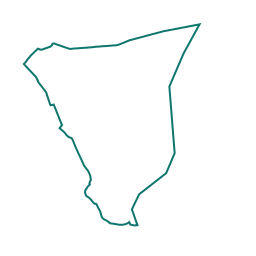 outline of Nasr City, Al Qahirah, Egypt, rotated 349°
{"feature_id": "37247803B64528254011318", "entity_name": "Nasr City", "entity_type": "district", "adm_level": 2, "iso_a3": "EGY", "parent_name": "Egypt", "parent_adm1": "Al Qahirah", "projection": "robinson", "projection_center": [31.337, 30.032], "detail": "fine", "context": "isolated", "style": "outline", "palette": "teal", "viewbox_px": 256, "rotation_deg": 349, "n_neighbors": 0, "source": "geoboundaries", "source_scale": "gbopen_adm2", "svg_char_len": 4346}
<svg xmlns="http://www.w3.org/2000/svg" viewBox="0 0 256 256"><g transform="rotate(349 128 128)"><path d="M92.1,218.1L94.0,218.7L94.9,219.0L96.8,219.7L98.3,220.3L99.1,220.6L100.0,221.0L101.9,221.5L103.4,221.8L105.3,222.0L106.4,221.9L107.1,221.9L108.0,221.7L108.7,221.6L109.5,221.4L110.3,221.1L110.9,220.8L111.2,220.6L111.3,221.0L111.5,221.3L111.5,221.7L111.6,222.4L111.9,223.0L112.0,223.3L115.4,224.8L117.6,225.0L118.7,225.2L116.3,208.6L126.3,195.2L156.9,179.6L169.0,161.6L174.1,116.5L176.5,95.2L180.5,89.3L196.8,65.4L218.0,39.9L181.4,39.8L179.3,39.9L177.8,40.1L175.3,40.2L172.9,40.4L170.2,40.5L167.8,40.7L163.6,41.0L161.1,41.2L157.7,41.4L155.2,41.6L151.9,41.8L149.7,42.0L147.4,42.1L146.4,42.2L146.0,42.2L145.7,42.3L144.9,42.5L143.2,42.8L140.8,43.3L139.2,43.6L137.0,44.0L135.3,44.3L133.9,44.6L133.3,44.6L132.9,44.6L132.0,44.5L131.0,44.4L129.7,44.2L126.8,43.9L125.4,43.7L122.3,43.4L118.8,42.9L115.7,42.6L114.2,42.4L111.9,42.1L111.7,42.1L110.5,42.0L108.4,41.9L108.2,41.9L105.9,41.6L103.2,41.3L100.0,40.9L96.5,40.5L90.2,39.7L89.2,39.6L86.7,39.4L85.8,39.1L85.1,38.8L84.3,38.4L83.9,38.1L81.7,36.9L80.4,36.1L80.1,36.0L79.8,35.8L79.7,35.7L79.4,35.6L79.0,35.3L76.9,34.0L74.6,32.8L74.0,32.4L73.8,32.3L73.5,32.1L73.1,31.9L72.2,31.3L72.0,31.2L71.2,30.8L70.9,30.8L70.7,30.8L70.1,30.8L70.0,31.0L69.9,31.1L69.7,31.3L69.6,31.6L69.4,31.8L69.2,32.0L69.0,32.3L68.9,32.3L68.8,32.5L68.7,32.5L68.4,32.8L68.2,32.9L68.0,33.0L67.9,33.0L67.7,33.1L67.3,33.3L67.2,33.3L66.9,33.4L66.7,33.4L66.4,33.4L66.3,33.5L65.8,33.5L65.6,33.6L65.3,33.6L65.2,33.6L64.9,33.7L64.7,33.7L64.3,33.8L64.1,33.8L63.9,33.8L63.7,33.9L63.2,33.9L62.8,34.0L62.6,34.0L62.4,34.0L62.2,34.1L61.8,34.1L61.6,34.2L61.3,34.2L61.2,34.2L61.1,34.3L60.9,34.3L60.7,34.3L60.4,34.4L60.2,34.4L59.9,34.4L59.7,34.5L59.4,34.5L59.2,34.5L58.9,34.6L58.7,34.6L58.4,34.6L58.1,34.6L57.9,34.5L57.7,34.5L57.4,34.4L57.1,34.3L56.9,34.3L56.8,34.2L56.7,34.2L56.4,34.1L56.2,33.9L55.9,33.8L55.9,33.7L55.7,33.6L55.4,33.4L55.1,33.2L54.9,33.0L54.7,32.9L51.8,34.8L50.5,35.6L48.7,36.9L46.6,38.1L46.4,38.3L45.5,39.0L44.4,40.0L44.1,40.2L43.6,40.6L42.8,41.2L41.5,42.5L40.9,43.1L40.2,43.7L39.5,44.2L38.4,45.1L38.0,45.3L39.2,47.3L39.9,48.5L40.9,50.0L41.4,50.8L41.8,51.5L42.2,52.1L42.5,52.6L42.7,53.0L43.0,53.3L43.2,53.6L43.4,54.0L43.6,54.4L44.1,55.1L45.6,57.5L46.0,58.2L46.5,59.0L47.0,59.7L47.0,59.8L47.2,60.0L47.3,60.2L47.3,60.3L47.5,60.9L47.7,61.3L47.8,61.7L47.9,62.1L48.0,62.5L48.2,62.9L48.2,63.0L48.3,63.1L48.3,63.5L48.4,63.8L48.5,64.0L48.4,64.1L48.5,64.8L48.5,65.1L48.6,65.3L48.6,65.5L48.7,65.8L48.8,66.0L48.9,66.3L49.0,66.5L51.7,71.8L53.8,76.1L53.9,76.3L54.0,76.4L54.1,76.5L54.2,76.8L54.3,77.0L54.4,77.3L54.4,77.5L54.5,77.7L54.5,77.9L54.5,78.0L54.6,78.3L54.6,78.8L54.7,79.2L54.7,79.5L56.0,89.8L56.1,90.0L56.2,90.3L56.3,90.5L56.3,90.8L56.4,91.0L59.5,90.8L60.0,93.1L60.2,94.1L60.3,94.6L60.8,97.2L61.5,101.0L62.1,103.9L62.3,105.3L62.5,106.5L62.6,106.9L62.7,107.3L63.0,108.9L63.3,110.5L63.4,110.9L63.5,111.2L63.6,111.6L63.6,111.9L63.6,112.0L63.7,112.4L63.8,112.5L63.1,113.1L60.8,115.1L61.9,116.5L62.9,117.7L63.2,118.2L63.6,118.7L64.0,119.1L64.3,119.6L64.6,119.9L64.7,120.1L64.9,120.4L65.1,120.7L65.3,121.1L65.6,121.8L65.9,122.5L66.0,122.7L66.3,123.2L66.4,123.3L66.5,123.5L67.1,124.3L67.4,124.7L67.5,125.0L67.9,125.3L68.0,125.4L68.1,125.6L68.3,125.7L68.4,125.8L68.6,125.9L68.9,126.1L69.1,126.2L69.7,126.5L69.8,126.6L70.0,126.7L70.1,126.8L70.4,126.9L70.5,127.0L70.8,127.3L70.9,127.5L71.0,127.7L71.0,127.8L71.1,128.2L71.3,128.9L71.5,129.4L71.5,129.8L71.7,130.5L71.8,130.8L72.1,132.5L72.5,134.7L72.8,136.2L73.2,137.9L73.5,139.3L74.6,143.8L77.2,154.1L77.3,154.5L77.4,155.2L77.5,156.1L79.2,159.7L79.6,160.5L80.0,161.2L80.4,162.0L81.0,163.6L81.5,166.1L81.7,166.8L81.8,167.5L81.8,167.8L81.8,169.4L81.7,170.2L81.7,170.8L81.7,171.7L81.3,172.2L80.5,173.3L80.2,173.6L79.9,174.4L79.7,174.9L79.5,175.4L79.5,175.6L79.6,175.8L79.8,176.0L79.6,176.3L79.0,176.7L78.2,177.2L77.7,177.5L77.1,178.1L76.3,179.0L75.7,179.5L74.7,180.4L74.2,181.1L74.2,181.4L73.8,182.0L73.7,182.5L73.6,183.0L73.5,183.5L73.5,183.9L73.7,184.7L73.8,185.5L74.1,186.8L76.4,188.9L78.2,191.6L79.1,193.5L79.8,194.8L80.8,196.0L81.5,196.1L81.9,196.2L82.3,196.5L82.8,197.8L83.4,200.4L84.4,203.3L84.9,205.6L84.9,206.5L85.1,207.6L85.0,208.2L85.1,209.2L85.4,210.4L85.7,211.2L86.1,212.1L86.6,212.6L86.8,212.8L89.4,214.9L91.2,216.8L92.1,218.1Z" fill="none" stroke="#0f766e" stroke-width="2"/></g></svg>